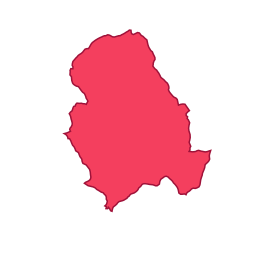 outline of Lençóis Paulista, São Paulo, Brazil, rotated 143°
{"feature_id": "56859067B81397849661237", "entity_name": "Lençóis Paulista", "entity_type": "district", "adm_level": 2, "iso_a3": "BRA", "parent_name": "Brazil", "parent_adm1": "São Paulo", "projection": "orthographic", "projection_center": [-48.82, -22.668], "detail": "fine", "context": "isolated", "style": "filled", "palette": "rose", "viewbox_px": 256, "rotation_deg": 143, "n_neighbors": 0, "source": "geoboundaries", "source_scale": "gbopen_adm2", "svg_char_len": 3596}
<svg xmlns="http://www.w3.org/2000/svg" viewBox="0 0 256 256"><g transform="rotate(143 128 128)"><path d="M75.5,60.3L77.5,61.0L79.0,61.5L80.7,62.4L82.4,64.3L83.7,65.7L85.0,67.6L86.5,68.3L88.0,68.5L89.5,69.3L90.9,70.2L92.0,71.3L93.3,72.5L91.7,73.2L90.4,74.9L88.9,75.6L88.2,78.4L87.7,79.9L86.4,80.8L84.1,82.9L82.4,85.4L81.0,89.2L79.7,91.4L77.7,93.4L75.6,95.1L75.3,96.5L74.9,98.3L75.1,99.9L73.6,101.2L74.1,102.8L73.0,104.4L70.5,104.9L68.5,104.9L68.2,112.7L69.7,114.1L71.7,115.2L73.9,115.9L71.5,121.2L71.7,123.1L72.6,124.7L73.0,126.3L73.2,129.8L73.2,132.1L72.7,134.2L71.3,135.2L70.3,136.9L69.9,138.4L69.6,140.1L70.0,141.8L70.2,143.3L70.3,144.9L70.8,146.7L71.3,148.6L70.8,150.9L70.4,153.4L70.4,155.2L70.3,157.0L70.9,159.2L70.9,160.8L70.9,162.4L69.8,163.4L68.8,164.6L66.9,165.9L65.3,166.4L64.2,167.9L63.8,169.4L63.4,171.6L62.7,174.2L63.2,176.1L62.8,180.0L61.9,182.7L59.9,187.0L60.5,189.4L60.9,192.2L61.7,193.9L61.7,197.0L62.9,198.5L65.5,199.0L67.4,199.4L68.2,200.7L68.1,202.1L66.8,204.3L68.0,205.4L69.7,205.3L71.7,205.6L73.5,205.7L75.2,205.9L76.9,206.3L78.5,206.4L80.0,207.3L82.1,208.1L84.2,208.9L85.6,210.3L86.4,212.3L87.2,213.7L88.2,214.7L90.3,215.1L91.4,215.9L92.7,216.3L94.0,216.5L95.9,217.0L98.2,217.4L101.1,217.7L103.6,217.7L105.1,217.7L107.0,217.2L108.8,216.4L110.1,215.8L111.8,215.2L113.0,216.1L114.8,216.8L116.9,216.3L118.7,215.8L120.7,215.7L122.6,215.9L124.2,215.9L125.6,215.5L127.4,215.3L129.6,214.8L131.9,214.3L133.6,213.0L134.9,211.6L135.1,210.0L136.4,208.5L137.9,209.8L139.6,208.9L140.3,207.7L141.3,206.6L142.4,205.3L142.3,203.0L143.2,201.6L144.3,199.8L145.2,197.2L145.2,195.7L144.6,193.8L144.0,192.5L142.7,190.9L142.7,189.3L142.8,186.2L142.7,183.9L142.1,181.9L142.3,180.5L142.8,178.6L143.5,176.9L143.6,175.0L143.9,173.5L145.3,172.9L147.1,172.0L147.8,173.2L149.4,174.6L150.3,175.8L152.1,177.0L153.8,178.6L155.7,178.3L156.8,177.3L158.4,177.9L159.6,177.3L161.0,176.3L162.3,175.4L164.5,175.3L166.3,174.8L166.5,173.2L167.0,171.5L167.9,169.7L168.8,167.3L169.6,165.4L170.9,164.0L173.0,163.0L174.4,162.7L175.5,161.8L175.9,160.0L179.6,160.8L182.3,161.9L181.6,160.3L181.4,158.7L181.6,157.2L182.3,155.6L181.1,154.6L181.4,152.2L182.1,149.8L182.6,147.6L182.4,145.5L182.8,143.2L183.5,141.3L182.4,138.2L183.2,135.5L183.6,133.9L183.6,131.1L184.8,128.8L185.3,126.8L184.5,125.4L183.6,123.6L183.6,121.2L183.6,118.0L184.6,115.6L186.2,113.0L187.2,111.1L188.6,109.9L189.8,109.5L191.5,109.5L194.7,110.2L196.1,110.1L194.6,105.9L193.5,104.6L191.2,101.8L190.3,100.0L189.9,97.7L189.1,95.9L188.0,93.0L186.7,91.0L186.8,89.2L186.4,87.6L186.9,85.9L188.2,84.2L188.5,82.1L190.0,80.8L191.4,79.9L193.4,79.7L192.6,78.0L194.1,76.9L192.8,75.8L191.4,76.4L191.3,74.3L191.7,72.4L190.9,71.1L189.8,72.1L188.4,73.2L187.1,73.8L184.7,73.8L182.7,74.0L181.3,74.5L179.4,74.6L176.2,73.3L174.9,72.9L173.0,72.7L171.2,72.5L169.5,73.0L168.1,72.9L166.7,73.4L165.3,73.5L162.1,72.4L160.0,72.3L158.0,72.5L156.7,73.0L155.3,73.7L153.2,73.7L150.6,74.5L149.1,74.1L147.8,73.2L146.1,71.5L144.9,70.1L143.6,68.9L142.2,67.6L140.7,65.2L139.4,64.3L136.7,64.3L134.7,66.2L132.6,67.3L129.4,67.2L128.0,67.2L126.5,66.5L125.5,64.9L125.2,62.5L124.7,60.3L124.5,58.6L124.7,56.9L124.4,54.9L124.3,53.2L124.4,50.7L125.0,48.6L125.8,46.9L126.5,45.4L125.9,43.5L124.6,42.5L122.5,41.3L121.8,39.8L120.5,40.6L119.0,40.9L117.7,40.7L115.9,40.7L114.0,41.1L112.1,40.7L110.7,39.3L109.1,38.7L106.7,38.3L104.8,39.3L102.9,41.1L101.1,42.9L100.0,43.7L98.3,44.9L97.2,45.6L95.8,47.0L92.9,48.7L91.8,49.4L90.6,50.2L89.6,51.2L88.4,52.3L86.7,52.5L84.9,52.7L83.2,53.1L81.5,54.0L80.5,55.8L79.7,57.0L78.5,58.1L76.9,59.3L75.5,60.3Z" fill="#f43f5e" stroke="#9f1239" stroke-width="1.5"/></g></svg>